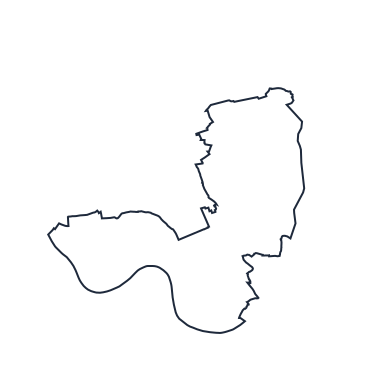 the district of Berg en Dal, Gelderland, Netherlands, rotated 207°
{"feature_id": "6326949B49757096528968", "entity_name": "Berg en Dal", "entity_type": "district", "adm_level": 2, "iso_a3": "NLD", "parent_name": "Netherlands", "parent_adm1": "Gelderland", "projection": "mercator", "projection_center": [5.939, 51.811], "detail": "fine", "context": "isolated", "style": "outline", "palette": "slate", "viewbox_px": 384, "rotation_deg": 207, "n_neighbors": 0, "source": "geoboundaries", "source_scale": "gbopen_adm2", "svg_char_len": 5800}
<svg xmlns="http://www.w3.org/2000/svg" viewBox="0 0 384 384"><g transform="rotate(207 192 192)"><path d="M93.7,246.2L104.9,263.2L107.8,267.6L114.2,279.2L116.8,282.0L121.0,285.5L123.7,291.9L123.6,298.6L125.9,304.7L147.2,312.7L144.2,315.7L143.5,316.9L143.2,319.7L144.1,320.3L144.7,320.9L145.5,321.4L145.1,321.6L145.4,322.3L145.8,322.1L146.0,322.1L146.0,322.3L145.9,322.3L146.0,322.9L146.3,323.5L146.6,324.5L147.0,324.6L148.3,324.3L148.6,324.4L148.7,324.5L148.9,324.9L149.5,326.0L150.3,326.2L150.5,326.1L151.6,325.3L152.1,325.2L153.2,325.1L154.5,324.7L155.5,325.1L156.3,325.2L159.8,324.7L162.3,323.7L163.5,323.0L167.8,319.9L168.1,320.2L169.2,319.8L169.8,319.5L169.8,319.4L169.6,318.6L169.6,317.6L169.6,316.5L170.8,312.9L170.4,312.3L169.2,311.1L174.9,305.4L176.7,306.3L195.3,291.5L196.3,291.9L196.9,291.4L198.2,290.6L198.6,290.5L199.5,290.5L200.3,290.6L200.8,290.3L201.4,289.9L214.7,278.1L214.8,277.8L215.3,275.8L215.5,274.3L216.4,271.4L216.5,270.5L215.0,271.6L210.3,266.7L207.5,265.2L205.1,263.9L207.0,260.8L206.6,260.3L207.2,258.3L207.7,256.1L207.4,256.2L207.2,255.6L206.3,254.3L209.5,251.2L211.7,248.9L213.1,247.4L214.6,245.8L214.3,245.4L213.8,244.8L211.6,246.4L207.9,243.5L207.8,242.3L204.4,244.0L203.3,241.4L203.1,241.2L202.9,241.3L202.7,241.0L201.7,240.5L200.7,240.8L195.9,242.3L195.8,240.4L195.2,235.8L196.0,235.4L196.5,235.1L193.6,233.7L196.3,228.5L198.5,224.7L195.9,222.9L196.1,222.7L195.7,222.1L201.2,218.2L200.2,217.5L200.1,217.3L199.0,216.4L198.4,216.2L197.2,215.6L196.7,215.2L196.5,214.9L195.3,213.6L193.6,212.2L192.7,211.4L192.0,210.3L191.4,209.8L188.1,206.7L187.5,205.9L187.3,205.1L186.9,205.4L185.9,204.1L185.5,203.5L185.5,203.1L185.0,202.7L182.3,200.3L178.5,197.8L178.1,197.5L177.4,197.0L177.5,197.0L176.2,196.5L175.8,196.3L175.3,195.6L174.9,195.0L174.9,194.8L174.6,194.6L174.1,194.4L171.2,194.1L168.0,193.6L166.2,193.0L165.3,192.6L164.5,192.1L164.9,192.1L165.1,192.0L165.3,191.5L165.9,190.7L166.2,190.0L165.4,189.4L164.9,189.9L162.9,188.0L162.9,187.3L163.4,186.3L162.8,185.9L162.1,184.9L164.6,182.4L166.5,184.3L167.7,182.8L170.3,185.5L172.5,183.4L173.6,184.2L176.5,181.5L161.1,168.8L161.9,167.8L161.6,167.5L162.8,166.1L164.3,164.2L164.5,164.2L182.2,143.3L185.3,145.9L187.0,147.3L188.2,148.1L191.8,150.1L192.3,150.1L193.1,149.9L193.3,150.0L194.5,150.1L196.6,150.6L197.8,150.8L198.6,151.1L199.9,151.8L200.7,152.1L204.6,153.0L205.7,153.4L206.7,153.7L209.1,154.9L210.2,155.2L210.9,155.3L211.9,155.3L217.4,154.7L218.4,154.6L219.3,154.8L221.2,154.3L221.9,154.1L222.3,153.9L223.6,153.1L224.6,152.7L228.2,151.9L228.6,151.8L229.1,151.3L231.1,150.2L231.0,149.8L232.6,148.9L234.0,148.4L236.2,147.4L237.9,146.7L239.3,145.5L241.3,144.0L243.4,142.1L244.3,141.5L244.6,141.2L244.8,140.8L245.1,140.0L245.2,139.4L245.6,137.1L245.9,136.0L246.2,135.1L246.7,134.6L246.9,134.4L247.5,134.2L249.3,134.3L249.8,134.2L252.7,132.0L256.4,129.8L260.3,127.6L260.4,127.8L262.1,130.0L263.3,131.6L264.4,132.9L265.0,131.5L265.4,130.9L266.0,131.5L266.6,131.8L268.0,132.4L268.8,130.5L269.5,129.6L270.2,129.1L270.8,128.6L275.1,124.0L275.9,123.5L277.0,122.8L281.0,120.4L284.2,118.0L285.2,117.4L287.8,116.0L288.7,115.3L291.1,113.8L291.2,113.4L287.9,107.7L286.6,105.6L287.8,104.9L289.6,104.3L293.6,103.8L296.2,103.7L297.2,96.7L298.6,97.0L298.9,94.9L300.8,88.8L294.5,84.4L289.4,81.4L288.2,80.9L280.5,78.4L278.5,77.9L274.0,77.1L267.9,74.4L264.1,72.3L262.6,71.2L260.3,69.5L258.4,67.9L254.1,64.1L251.8,62.3L250.3,61.4L248.9,60.6L245.8,59.1L243.1,58.3L240.3,57.8L236.8,57.9L235.1,58.2L233.0,58.6L231.5,59.0L228.2,60.5L225.6,62.3L222.6,64.8L220.0,67.4L218.4,69.3L215.5,72.8L213.8,75.0L212.7,77.2L209.5,83.5L207.9,87.2L205.8,94.2L204.7,97.4L203.5,99.6L201.2,102.6L199.6,104.5L198.8,105.3L197.8,106.0L192.4,108.7L190.9,109.2L189.4,109.6L187.5,109.8L186.1,109.8L182.0,109.3L179.0,108.5L177.7,108.1L176.2,107.4L174.1,106.0L170.4,102.3L169.4,101.2L168.4,100.0L167.5,98.8L166.5,97.3L161.4,89.3L157.0,83.4L151.9,77.4L149.2,75.1L145.9,73.3L135.8,71.3L132.7,71.2L129.5,71.6L125.0,72.0L119.4,73.0L118.7,73.2L112.2,75.3L107.1,77.3L103.1,79.1L102.0,79.8L100.8,80.7L99.1,82.1L97.4,83.7L94.2,86.9L93.1,88.1L92.3,89.3L88.7,95.3L87.1,98.8L86.2,100.9L91.6,101.7L92.9,101.1L93.0,101.5L93.2,104.7L93.2,106.3L93.1,107.2L93.1,109.6L92.3,112.0L91.6,112.1L91.1,113.3L91.0,113.8L91.3,114.4L91.4,114.6L91.1,115.6L91.3,116.8L91.1,116.8L90.8,117.0L89.8,118.0L90.5,117.7L90.9,117.8L91.8,118.4L93.0,118.9L92.6,119.3L92.5,119.6L91.9,120.6L91.2,122.2L90.8,122.8L88.1,125.4L87.7,125.8L86.9,126.3L85.8,126.7L85.3,127.3L85.0,127.3L84.8,127.8L86.4,128.6L89.1,129.7L89.6,130.0L92.2,132.0L94.3,133.2L98.1,134.8L101.5,136.4L99.7,137.1L99.0,137.0L98.9,137.3L98.7,137.4L99.2,138.4L100.1,138.8L99.9,139.2L101.3,140.2L101.9,140.5L102.0,140.4L102.4,140.8L103.0,141.5L104.3,142.7L104.7,143.3L104.8,143.7L104.8,144.0L105.2,144.2L105.9,144.4L105.8,144.7L105.3,145.6L104.9,146.7L104.8,146.8L104.1,147.4L104.1,147.5L103.5,148.5L102.9,149.7L102.9,150.0L102.8,150.3L102.9,151.1L103.1,151.6L104.0,152.2L104.5,152.4L106.9,152.8L110.0,153.5L111.7,153.7L114.3,154.7L115.1,155.0L115.6,155.4L117.3,157.4L117.8,157.8L117.6,158.0L117.4,158.4L117.2,158.6L115.1,160.0L114.4,161.2L114.1,161.4L113.2,161.6L112.6,161.9L109.6,161.5L108.3,164.6L108.5,165.2L108.1,165.4L107.7,166.2L107.5,166.5L107.2,166.6L106.5,166.9L101.3,167.9L101.0,167.9L100.5,168.1L100.3,167.4L94.7,170.4L94.6,170.5L94.1,169.7L89.0,172.8L86.6,173.6L85.6,174.3L85.4,174.8L84.9,174.9L84.9,175.0L85.2,175.7L85.2,176.2L85.4,176.5L85.6,177.1L86.0,178.6L85.9,179.7L86.1,180.5L87.1,182.8L87.1,183.1L87.8,184.3L88.6,186.1L89.3,187.6L91.0,190.2L91.3,189.9L91.6,190.2L91.4,190.8L91.3,191.4L91.3,191.7L91.6,192.8L91.5,193.4L91.4,193.8L91.1,194.1L90.2,194.7L89.2,195.2L86.8,195.7L86.1,195.6L83.2,195.3L85.5,211.0L91.5,219.8L93.1,222.6L92.8,241.3L92.8,242.1L93.0,243.0L93.7,246.2Z" fill="none" stroke="#1e293b" stroke-width="2"/></g></svg>